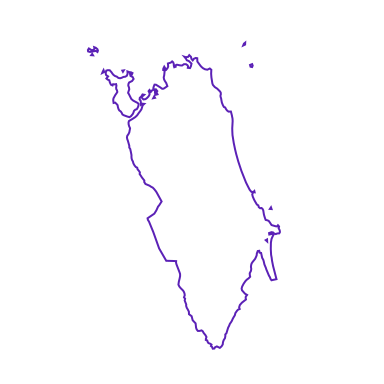 Rio de Janeiro, Rio de Janeiro, Brazil, rotated 261°
{"feature_id": "56859067B69544192053781", "entity_name": "Rio de Janeiro", "entity_type": "district", "adm_level": 2, "iso_a3": "BRA", "parent_name": "Brazil", "parent_adm1": "Rio de Janeiro", "projection": "albers", "projection_center": [-43.389, -22.912], "detail": "fine", "context": "isolated", "style": "outline", "palette": "violet", "viewbox_px": 384, "rotation_deg": 261, "n_neighbors": 0, "source": "geoboundaries", "source_scale": "gbopen_adm2", "svg_char_len": 6086}
<svg xmlns="http://www.w3.org/2000/svg" viewBox="0 0 384 384"><g transform="rotate(261 192 192)"><path d="M245.7,137.0L244.2,137.7L241.0,137.9L237.9,138.0L236.2,137.7L234.6,137.6L233.0,137.8L231.4,138.4L229.4,138.6L227.2,139.4L225.5,140.4L224.6,141.7L222.9,141.8L221.3,142.8L219.6,143.6L217.9,143.1L216.1,144.0L214.2,144.8L210.8,146.7L209.3,146.4L207.2,147.3L204.9,151.0L203.5,152.5L202.5,153.9L200.8,155.1L198.1,156.6L196.6,157.2L187.4,160.5L184.0,157.5L182.9,156.2L179.4,153.9L176.5,151.4L173.0,144.0L171.3,144.1L169.5,144.9L158.5,147.5L141.4,150.7L128.1,155.8L126.7,163.2L126.2,165.5L124.9,165.2L123.2,165.3L114.7,167.1L112.9,167.4L110.8,167.1L108.6,166.3L105.8,165.1L104.3,164.6L102.6,164.1L100.6,164.7L98.9,165.7L96.0,167.8L94.5,168.4L93.0,168.7L91.2,168.7L89.2,167.6L87.7,168.5L86.0,167.8L81.8,168.7L80.5,168.4L78.5,168.7L76.5,169.5L74.3,170.2L71.8,169.9L69.4,172.2L65.2,172.6L61.7,175.0L57.3,174.8L55.6,175.1L53.9,176.0L53.6,177.7L53.8,179.8L52.8,180.8L50.9,181.5L48.5,182.9L46.5,183.6L45.0,182.8L43.7,182.5L43.0,183.8L41.6,184.0L40.2,184.6L39.2,186.4L38.2,187.4L36.9,186.6L35.8,187.6L34.0,188.0L33.9,189.6L35.0,190.4L35.6,192.4L33.7,195.1L34.9,197.0L36.6,198.5L38.8,199.1L40.7,200.1L42.5,201.7L44.5,202.4L46.1,202.6L47.1,203.9L51.0,205.8L52.4,206.5L54.0,207.7L55.9,208.8L57.2,210.1L58.5,211.2L60.5,212.5L62.0,213.7L63.5,215.0L65.6,215.9L67.5,217.7L68.5,218.9L69.0,220.8L70.7,220.5L72.9,221.6L74.9,224.0L77.4,228.5L79.0,228.4L80.3,228.8L81.7,230.3L83.3,228.4L87.1,226.0L88.9,225.9L90.7,226.7L91.8,227.5L93.4,228.7L95.7,230.9L96.9,232.5L97.8,234.3L99.2,236.2L100.8,236.1L102.7,236.3L104.9,237.9L106.8,238.5L108.8,238.5L110.6,239.0L112.1,239.7L113.5,241.0L116.1,243.9L117.9,245.1L119.4,246.0L121.1,246.4L123.4,247.7L123.4,249.2L121.5,249.3L121.0,250.7L116.0,251.0L113.8,251.8L112.2,252.0L109.1,252.2L105.4,253.1L103.9,253.3L101.5,253.9L97.4,254.9L95.7,255.6L93.8,256.0L92.4,256.7L92.7,261.8L106.2,260.5L111.7,260.3L114.6,260.4L117.6,260.3L123.4,260.9L129.6,262.0L133.2,263.2L135.7,264.8L138.1,266.7L137.3,268.2L137.7,269.6L137.5,271.7L138.7,272.6L140.6,272.6L142.6,271.9L144.3,272.6L145.7,271.7L144.7,270.7L145.1,269.2L146.9,265.4L150.0,264.0L151.5,263.2L152.3,261.9L152.9,260.4L154.8,260.0L156.8,259.7L158.7,259.5L162.7,259.5L164.1,259.1L165.3,258.2L165.3,256.8L166.6,255.6L168.4,255.4L169.5,254.1L173.1,252.7L174.8,252.1L177.9,251.3L180.2,251.1L182.3,252.4L183.1,250.5L185.2,249.3L189.5,247.9L193.0,246.8L205.1,244.1L214.8,242.5L222.5,241.6L227.6,241.2L233.9,240.9L241.9,240.9L245.5,241.3L248.6,241.7L255.5,243.2L257.1,243.4L258.5,243.5L259.9,243.4L261.2,243.4L265.4,243.0L265.7,240.6L267.1,239.3L268.7,238.5L270.3,238.0L271.0,236.8L272.9,236.1L275.6,235.5L277.9,235.4L279.9,235.4L281.5,235.1L282.8,235.2L284.1,235.8L285.7,235.9L286.9,235.4L290.1,233.1L292.1,230.9L294.5,229.4L296.1,229.1L302.1,229.1L305.8,229.4L309.7,230.2L311.2,228.9L310.4,226.3L311.2,224.0L312.5,222.3L314.0,221.0L315.4,220.1L320.0,217.7L323.3,218.1L323.8,216.7L323.3,214.7L321.9,213.3L323.5,212.3L325.7,212.1L327.6,210.7L326.1,209.3L326.1,207.0L326.8,205.6L324.6,206.9L322.9,207.5L321.9,209.3L320.1,210.7L318.9,211.6L316.4,210.6L314.7,209.4L315.3,207.3L316.8,207.8L318.0,207.3L319.2,206.0L319.5,204.0L318.5,202.0L318.9,200.1L320.1,197.0L319.7,195.5L318.3,195.5L318.0,194.0L319.4,193.8L321.3,194.0L323.0,193.7L324.1,192.8L323.1,191.3L322.7,188.3L321.1,188.2L319.6,188.1L318.1,187.1L316.6,185.5L316.2,184.0L311.6,182.8L309.7,182.0L307.9,182.0L306.3,182.4L303.6,183.6L300.4,184.2L299.3,181.9L298.5,180.1L298.6,178.7L300.5,176.8L303.6,173.2L303.9,171.8L302.3,170.8L300.5,170.0L299.1,170.8L298.7,168.6L297.4,167.1L299.4,166.0L298.4,164.9L296.6,165.5L294.8,165.3L293.2,164.0L291.9,162.3L291.0,160.6L291.0,158.6L292.1,157.7L294.2,156.8L293.2,155.2L291.6,154.7L290.3,155.5L288.2,155.5L286.2,155.3L287.0,156.8L286.5,158.6L285.3,156.8L281.6,155.0L280.2,153.7L278.4,151.8L276.3,149.8L274.8,147.6L273.3,144.2L272.7,142.6L271.9,140.8L270.6,140.2L268.8,140.0L266.8,140.2L264.6,140.8L260.7,139.4L259.0,138.2L257.7,136.9L256.2,136.3L254.5,136.3L252.5,136.7L247.4,137.3L245.7,137.0ZM299.1,170.8L299.1,172.4L297.1,173.5L296.1,172.5L293.9,173.2L293.7,171.1L295.9,171.0L297.7,171.2L299.1,170.8ZM138.1,266.7L138.1,264.7L137.9,261.7L139.4,261.7L139.9,264.2L139.4,265.7L138.1,266.7ZM290.7,168.4L292.3,169.6L290.8,170.2L290.7,168.4ZM131.4,258.5L132.9,257.3L133.4,258.7L131.4,258.5ZM317.5,125.2L316.2,126.3L315.3,127.8L313.1,128.0L310.7,128.7L309.7,130.2L310.8,130.9L310.4,132.4L310.4,133.9L308.8,134.0L307.1,133.4L305.5,133.3L304.2,133.8L302.5,133.9L301.2,132.8L299.8,131.4L296.8,129.1L295.3,128.6L293.7,128.5L292.2,128.5L292.3,130.1L290.7,131.3L289.4,132.1L287.4,132.1L285.4,132.4L284.0,132.9L282.6,134.3L280.8,135.1L279.5,135.4L278.5,136.6L276.7,139.8L275.7,142.0L276.5,143.7L278.4,145.8L279.6,146.6L281.2,147.4L282.2,148.9L282.4,150.4L283.6,151.4L285.1,152.4L287.2,153.1L288.5,152.2L290.2,149.9L291.5,148.2L293.4,146.6L298.5,145.0L299.9,144.4L301.2,145.0L303.3,146.1L305.2,146.1L307.0,145.7L308.6,146.1L310.0,147.0L311.0,150.2L312.8,152.0L314.8,151.4L316.3,149.4L318.0,149.3L317.5,151.0L318.8,151.8L319.8,150.4L320.1,149.0L321.2,147.1L318.9,146.9L317.0,145.8L316.3,144.1L316.4,142.3L315.8,140.4L315.6,138.8L316.2,137.1L317.7,135.8L318.6,134.1L319.9,132.8L321.2,132.0L322.9,131.2L325.1,129.8L325.5,128.0L325.3,126.3L323.5,125.5L322.2,125.3L320.9,125.5L319.3,127.2L317.5,125.2ZM347.8,116.9L347.7,115.1L349.9,112.6L348.5,111.4L347.1,111.4L346.3,113.1L346.4,119.1L345.1,120.5L346.3,121.2L347.9,120.9L349.5,119.5L350.3,118.1L348.9,118.2L347.8,116.9ZM308.9,271.4L308.4,269.2L306.6,269.4L306.0,270.9L307.3,271.7L308.9,271.4ZM316.2,184.0L318.1,185.0L320.1,184.2L318.4,183.0L317.0,182.6L316.2,184.0ZM330.4,266.5L328.7,265.5L329.3,267.5L331.2,267.9L330.4,266.5ZM294.2,156.8L294.7,158.8L295.5,160.0L296.1,158.4L294.2,156.8ZM326.2,123.7L325.0,122.8L323.6,122.0L324.3,124.0L326.2,123.7ZM164.5,267.6L163.1,266.3L162.7,267.9L164.5,267.6ZM344.0,115.0L342.9,113.9L342.5,115.6L344.0,115.0ZM182.3,252.4L181.9,253.8L183.2,253.7L182.3,252.4ZM322.8,142.2L321.6,142.6L322.8,143.6L322.8,142.2Z" fill="none" stroke="#5b21b6" stroke-width="2"/></g></svg>